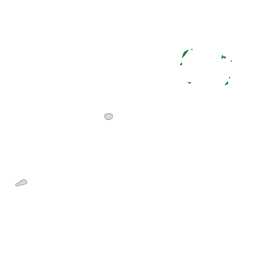 Maldives, with Thaa highlighted, rotated 227°
{"feature_id": "MDV-5238", "entity_name": "Thaa", "entity_type": "Atoll", "adm_level": 1, "iso_a3": "MDV", "parent_name": "Maldives", "parent_adm1": "", "projection": "albers", "projection_center": [73.162, 2.359], "detail": "fine", "context": "in_parent", "style": "filled", "palette": "green", "viewbox_px": 256, "rotation_deg": 227, "n_neighbors": 0, "source": "natural_earth", "source_scale": "10m", "svg_char_len": 1103}
<svg xmlns="http://www.w3.org/2000/svg" viewBox="0 0 256 256"><g transform="rotate(227 128 128)"><path d="M161.3,16.5L159.3,17.6L157.4,17.1L156.8,15.8L157.7,13.7L159.3,11.1L160.4,8.3L162.0,6.8L163.2,7.3L163.1,8.9L162.5,11.1L162.1,13.9L161.3,16.5ZM150.2,125.1L147.8,125.3L146.2,123.3L146.6,120.4L148.5,118.4L151.5,118.2L153.3,120.1L152.4,122.9L150.2,125.1Z" fill="#d9dde1" stroke="#a8b0b8" stroke-width="1"/><path d="M143.0,217.5L143.8,218.9L144.3,220.2L144.4,220.5L144.5,222.0L144.0,223.5L143.0,218.4L143.0,217.5ZM93.2,230.2L93.3,231.6L92.8,231.2L92.8,230.9L93.0,230.6L93.2,230.2ZM115.3,245.1L115.4,245.3L115.9,246.0L115.2,246.0L115.1,245.8L115.2,245.5L115.3,245.1ZM138.4,209.5L138.5,210.8L138.3,210.7L138.1,210.5L138.1,210.3L138.3,209.9L138.4,209.5ZM113.9,246.6L113.8,246.9L113.8,247.2L113.7,247.3L113.4,247.2L113.3,246.9L113.7,246.7L113.9,246.6ZM95.8,236.4L95.6,236.6L95.2,236.6L95.8,236.4ZM118.8,204.0L118.6,204.3L118.2,204.3L118.8,204.0ZM106.9,249.0L106.6,249.2L106.3,249.2L106.9,249.0ZM141.8,227.8L141.8,228.3L141.6,228.5L141.8,227.8Z" fill="#22c55e" stroke="#15803d" stroke-width="1.5"/></g></svg>